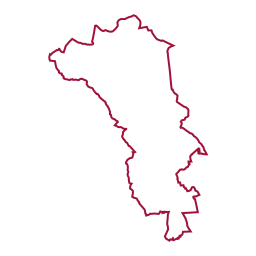 the district of Hamcearca, Tulcea, Romania
{"feature_id": "2599482B65453022106945", "entity_name": "Hamcearca", "entity_type": "district", "adm_level": 2, "iso_a3": "ROU", "parent_name": "Romania", "parent_adm1": "Tulcea", "projection": "natural_earth1", "projection_center": [28.38, 45.133], "detail": "fine", "context": "isolated", "style": "outline", "palette": "rose", "viewbox_px": 256, "rotation_deg": 0, "n_neighbors": 0, "source": "geoboundaries", "source_scale": "gbopen_adm2", "svg_char_len": 5821}
<svg xmlns="http://www.w3.org/2000/svg" viewBox="0 0 256 256"><path d="M129.4,17.0L127.2,17.9L125.2,19.0L124.5,19.1L122.7,19.0L120.9,19.1L119.4,19.8L118.2,20.9L117.4,22.5L117.8,25.3L117.6,26.0L116.3,27.9L114.7,29.6L112.8,31.3L111.4,31.7L109.8,31.7L107.6,31.0L105.5,30.1L104.0,30.9L103.1,31.0L102.3,30.7L101.1,30.1L96.9,26.0L96.0,25.5L95.1,25.9L94.1,32.2L92.9,38.5L92.1,41.7L92.9,42.6L93.1,43.9L92.7,44.3L90.9,44.7L88.9,44.7L88.3,44.5L87.4,44.6L86.5,44.5L85.7,43.9L84.1,43.8L82.5,43.9L81.1,43.1L80.3,42.8L78.4,42.7L72.2,38.9L69.2,41.9L65.8,45.9L63.7,52.4L62.2,52.1L61.2,51.6L60.0,50.3L59.6,49.1L59.0,48.8L58.2,49.9L57.7,50.2L56.5,50.1L56.0,50.7L52.6,52.8L50.8,54.7L50.0,54.2L49.3,56.8L49.5,59.4L49.7,59.8L50.3,60.3L50.2,60.6L55.0,61.2L55.8,65.7L56.6,68.3L57.8,69.8L58.2,70.5L58.9,71.0L59.0,71.7L58.9,72.3L59.6,73.2L60.3,73.4L61.6,73.5L61.9,74.0L61.9,75.1L63.1,75.9L63.6,76.6L63.6,77.5L63.5,78.0L63.7,78.3L64.2,78.3L64.7,78.9L66.0,79.3L66.5,79.2L69.6,80.1L70.5,79.4L72.2,79.5L72.5,79.2L73.4,79.9L75.6,79.6L78.3,80.1L79.4,79.8L79.9,79.2L80.6,78.9L81.6,78.7L82.2,79.0L83.4,79.3L83.8,79.7L86.1,80.5L86.8,81.2L87.0,82.3L86.7,83.2L86.7,84.3L87.6,85.6L88.1,86.5L90.3,87.6L91.7,87.8L92.5,88.3L92.8,88.7L93.7,90.4L94.9,92.0L96.7,94.0L97.5,93.9L98.8,95.3L99.0,95.6L99.5,97.1L100.5,97.9L101.5,99.0L102.4,99.5L102.6,99.9L104.3,101.2L105.2,101.7L105.4,102.5L105.8,102.8L105.7,103.6L106.5,105.0L107.5,105.9L107.6,106.7L108.3,107.3L108.6,107.9L108.6,108.2L109.4,109.8L109.5,110.6L110.1,111.8L110.1,112.2L110.0,112.3L109.9,113.1L110.0,114.4L110.6,114.5L111.1,115.1L111.3,116.9L111.6,117.5L112.3,118.4L114.5,119.2L115.1,119.6L115.6,120.3L117.3,121.1L117.7,121.5L117.8,121.9L117.6,122.1L114.8,125.3L116.6,126.0L117.5,126.7L118.4,127.0L119.2,127.2L120.3,127.0L121.8,127.5L123.2,128.5L124.0,128.8L126.2,128.9L126.2,129.1L123.7,131.2L123.2,131.8L123.0,132.8L123.0,133.5L122.7,134.9L122.2,136.0L122.2,136.7L123.1,138.6L124.0,139.4L124.3,140.0L124.8,140.3L125.0,140.8L125.8,142.2L126.7,142.5L127.1,142.8L127.6,143.9L128.0,144.4L128.3,145.2L128.7,145.9L129.5,146.0L133.4,150.2L133.6,150.6L135.1,152.0L134.5,152.3L132.7,152.3L133.2,153.4L133.2,154.5L132.3,157.5L130.6,158.1L129.8,158.1L129.0,158.8L128.4,159.1L126.9,160.5L126.5,161.6L126.0,162.4L125.9,162.9L126.1,163.6L126.8,163.8L127.0,164.0L127.6,165.4L127.7,166.3L127.9,166.8L127.8,167.5L127.9,168.0L127.6,170.1L128.2,171.5L128.3,172.0L127.9,173.4L127.6,173.9L127.6,174.7L127.8,175.8L128.4,176.8L128.8,178.0L128.8,179.5L129.2,182.5L129.4,182.9L130.1,183.4L130.9,183.5L131.5,183.7L131.0,184.3L130.7,185.0L130.2,186.7L130.0,188.2L130.4,188.9L131.3,189.3L132.4,190.4L132.9,191.1L132.9,193.4L132.2,196.7L133.0,197.0L133.4,197.6L136.4,198.4L137.2,199.1L137.5,200.3L138.7,201.7L139.2,202.2L139.1,203.2L144.4,209.4L144.8,210.3L145.5,213.8L145.9,213.9L146.1,214.2L146.2,215.5L148.7,214.8L149.8,214.1L150.0,213.8L150.7,213.7L151.7,213.9L154.1,213.5L158.2,213.9L159.2,213.6L160.2,211.5L161.1,211.7L161.1,211.8L163.2,211.9L162.8,213.0L164.5,212.7L164.8,211.7L166.8,212.1L168.8,211.9L167.9,214.4L167.5,220.3L167.3,221.1L167.3,223.3L167.2,223.9L167.3,224.7L167.7,225.9L168.1,228.9L168.0,229.6L165.0,236.2L164.9,236.7L165.5,237.4L165.9,238.5L169.3,240.6L169.8,239.8L170.2,239.8L170.5,239.4L171.4,239.4L172.0,239.8L172.9,238.3L173.8,240.1L176.6,238.7L176.9,238.7L177.1,238.9L178.3,238.7L177.9,237.8L179.2,237.0L179.5,237.3L180.5,236.7L179.9,235.7L181.6,235.1L182.3,234.6L182.7,233.3L183.0,231.8L190.7,231.5L188.8,228.6L187.5,226.3L187.2,225.4L187.2,224.2L186.6,221.4L186.0,220.1L185.6,218.5L182.5,213.1L197.8,212.2L196.0,203.3L195.3,200.7L195.1,199.3L193.8,198.5L193.5,197.8L193.3,196.8L193.5,196.6L194.5,196.4L195.7,196.6L198.1,195.4L199.4,194.9L197.8,192.0L196.3,190.8L195.7,190.8L195.4,190.7L194.9,188.8L193.9,187.2L193.1,187.0L191.9,187.4L191.7,188.1L191.2,188.8L191.1,189.5L190.6,190.2L189.2,190.7L188.9,191.0L187.3,191.2L186.7,189.8L186.4,189.5L186.1,188.5L185.2,188.6L184.5,187.2L183.8,187.0L183.4,185.2L180.7,185.5L180.0,182.4L178.3,182.6L177.9,180.4L177.3,178.9L177.7,178.5L177.6,177.7L177.1,176.1L176.6,175.3L176.3,173.9L177.2,173.1L180.1,169.7L181.0,169.7L181.8,169.3L183.0,169.7L184.0,169.6L185.4,168.7L186.1,167.6L187.8,166.9L188.8,164.9L189.4,164.5L189.6,164.2L189.4,163.4L188.7,163.2L188.8,162.6L188.6,162.1L188.5,161.5L191.3,161.5L191.0,160.8L190.9,160.2L190.4,159.1L190.2,156.5L190.5,156.1L190.7,155.4L191.1,155.0L192.0,154.5L192.0,154.2L193.2,153.2L193.5,152.9L197.1,149.6L198.2,148.9L198.5,148.5L199.3,148.7L199.3,149.9L199.5,151.0L198.1,151.2L198.3,152.0L198.9,152.0L198.8,151.7L199.6,151.6L199.6,152.5L198.8,152.7L198.8,153.1L198.5,153.4L198.7,153.6L201.3,153.6L202.0,153.5L202.4,153.9L205.1,154.3L206.7,154.3L205.2,151.3L204.3,150.2L203.5,147.4L202.8,146.3L202.2,145.8L201.7,144.5L199.0,142.1L198.5,140.6L196.8,138.3L195.2,136.8L194.0,136.3L193.7,135.6L193.1,135.1L193.0,134.6L191.8,133.8L191.7,133.6L191.0,133.3L189.8,133.2L188.5,131.9L187.0,131.1L183.8,128.6L182.5,127.8L181.6,127.6L180.8,127.8L180.5,127.3L180.7,126.4L181.5,124.7L181.8,123.4L181.8,123.2L181.5,122.6L180.8,121.8L181.2,121.4L181.5,120.6L181.9,120.3L184.5,119.7L184.8,119.4L185.2,118.0L185.4,117.7L187.1,117.0L187.8,116.5L188.5,115.6L188.2,114.4L188.2,113.6L188.4,112.1L188.4,110.3L188.1,109.2L186.1,107.4L183.5,106.4L182.5,105.6L179.4,103.6L178.6,102.9L177.7,102.5L176.9,101.8L176.7,101.0L176.8,100.4L177.3,98.8L177.1,97.9L177.6,96.0L177.4,95.5L176.4,94.4L175.0,93.5L174.0,92.5L173.4,91.6L172.9,90.2L172.5,89.9L172.5,89.6L171.2,89.6L171.7,89.5L171.2,85.5L169.9,71.5L167.9,54.9L167.8,53.1L167.3,51.1L168.1,49.4L168.3,48.5L169.0,47.7L171.0,46.5L173.3,45.6L168.2,43.2L162.5,40.4L161.4,40.9L157.8,39.6L156.3,38.6L153.6,35.0L152.1,32.5L151.5,30.4L148.3,30.4L146.8,26.9L139.2,28.2L140.3,25.0L140.5,22.5L139.9,20.6L135.9,16.2L134.4,15.5L133.5,15.4L130.9,16.7L129.4,17.0Z" fill="none" stroke="#9f1239" stroke-width="2"/></svg>